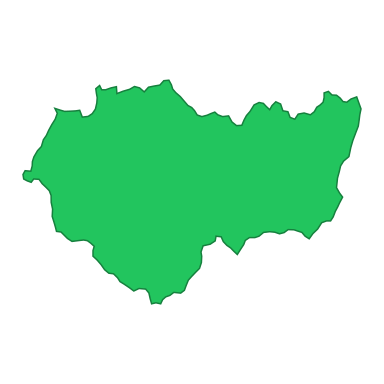 Guarani, Minas Gerais, Brazil
{"feature_id": "56859067B35228269434270", "entity_name": "Guarani", "entity_type": "district", "adm_level": 2, "iso_a3": "BRA", "parent_name": "Brazil", "parent_adm1": "Minas Gerais", "projection": "robinson", "projection_center": [-43.054, -21.365], "detail": "fine", "context": "isolated", "style": "filled", "palette": "green", "viewbox_px": 384, "rotation_deg": 0, "n_neighbors": 0, "source": "geoboundaries", "source_scale": "gbopen_adm2", "svg_char_len": 2504}
<svg xmlns="http://www.w3.org/2000/svg" viewBox="0 0 384 384"><path d="M356.7,96.9L351.0,99.0L346.8,102.2L343.0,101.6L340.2,98.1L336.5,95.2L332.0,95.0L328.4,91.4L324.1,92.9L324.1,97.6L323.1,102.2L320.0,105.1L316.8,107.2L314.3,111.7L310.4,114.8L304.1,113.0L298.2,114.1L294.8,119.2L290.1,117.4L287.9,111.7L282.9,110.8L280.6,104.0L275.8,101.8L272.0,105.6L269.7,109.7L266.3,106.5L263.4,103.4L259.1,102.5L254.1,104.9L250.0,111.5L246.5,115.5L244.2,119.7L241.8,125.3L236.5,125.6L232.0,122.0L228.6,115.9L222.6,116.6L217.8,114.8L214.8,112.1L210.8,113.6L207.2,115.2L201.9,116.6L197.2,115.0L194.5,110.6L191.7,107.5L187.9,105.5L184.4,101.4L180.3,96.6L175.8,92.7L172.7,89.1L171.4,84.8L168.9,80.2L163.8,80.7L159.8,85.1L153.8,86.1L148.5,87.2L144.2,91.9L139.6,87.9L134.5,86.5L129.6,89.3L123.1,91.2L116.9,93.6L116.4,86.7L111.0,87.9L105.6,89.8L101.7,89.8L99.6,85.5L95.8,88.7L96.4,93.3L97.2,97.6L96.8,103.0L95.4,109.1L92.3,113.6L88.2,116.4L82.3,117.1L79.7,110.3L75.6,110.9L70.3,111.2L64.6,111.4L59.8,110.0L54.9,108.4L57.3,113.3L55.2,119.2L51.8,124.6L48.7,130.3L46.4,135.4L43.4,139.7L41.4,146.5L37.5,150.7L33.9,156.9L32.4,161.6L32.2,166.0L30.8,171.2L25.1,170.7L23.0,174.5L23.7,179.0L27.3,180.9L31.2,182.3L33.7,179.0L39.0,179.3L42.2,183.7L45.7,187.0L49.3,190.7L51.1,195.5L51.2,202.4L52.6,209.1L52.2,216.4L54.1,222.5L55.4,227.0L56.5,231.4L61.0,232.0L64.2,235.2L67.5,238.5L72.0,241.4L78.4,240.6L83.6,240.0L87.4,240.7L90.7,243.1L94.2,246.3L93.0,250.6L93.0,256.2L96.9,259.8L100.9,264.4L104.6,269.7L108.8,273.2L113.5,273.8L117.6,277.8L120.0,281.6L124.2,284.2L129.4,287.7L133.8,291.0L139.0,288.5L145.7,289.1L148.9,293.0L150.2,298.8L151.6,303.8L155.9,302.8L160.7,303.8L162.6,299.7L165.7,296.9L169.9,295.4L173.8,292.4L180.7,293.1L184.4,290.3L186.0,285.9L188.3,280.2L191.5,276.6L195.8,272.1L199.5,268.4L201.4,262.5L201.7,256.2L201.0,252.0L203.1,245.8L210.2,244.2L215.2,240.9L216.0,236.2L221.2,236.8L223.3,241.6L226.9,245.4L230.6,247.9L233.8,251.2L237.3,254.5L240.6,249.3L243.7,244.6L245.3,240.4L249.4,237.6L254.8,237.6L259.0,236.2L263.6,232.4L269.7,231.7L274.8,232.2L279.5,233.8L284.1,232.6L288.1,229.6L294.0,229.8L297.8,231.1L301.9,232.4L305.1,236.2L309.2,238.8L312.9,233.6L317.6,229.1L321.7,222.7L326.6,220.9L330.6,220.9L333.2,216.9L335.3,211.4L337.7,206.9L339.5,203.0L342.6,197.1L339.6,193.1L336.5,187.7L337.5,178.1L339.2,171.9L340.6,165.9L343.6,161.1L348.9,156.6L350.8,147.5L352.8,140.6L355.5,133.4L358.3,126.1L359.1,120.4L359.8,114.7L361.0,108.9L358.7,102.5L356.7,96.9Z" fill="#22c55e" stroke="#15803d" stroke-width="1.5"/></svg>